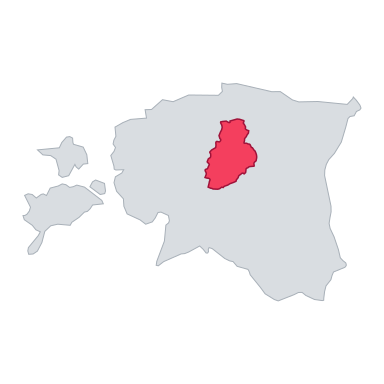 location of Järva within Estonia
{"feature_id": "EST-1656", "entity_name": "Järva", "entity_type": "County", "adm_level": 1, "iso_a3": "EST", "parent_name": "Estonia", "parent_adm1": "", "projection": "orthographic", "projection_center": [25.661, 58.953], "detail": "fine", "context": "in_parent", "style": "filled", "palette": "rose", "viewbox_px": 384, "rotation_deg": 0, "n_neighbors": 0, "source": "natural_earth", "source_scale": "10m", "svg_char_len": 4316}
<svg xmlns="http://www.w3.org/2000/svg" viewBox="0 0 384 384"><path d="M323.7,300.3L322.3,300.6L314.5,299.5L305.9,295.5L302.1,292.4L298.4,292.5L294.0,294.7L278.2,300.9L274.3,299.5L265.1,293.8L260.4,287.4L250.2,274.8L249.3,271.8L248.0,269.4L237.1,266.3L233.1,261.6L229.7,260.9L224.9,258.6L212.2,248.6L209.1,247.6L208.3,249.3L208.5,251.6L207.7,253.0L206.1,253.0L203.2,249.3L199.7,246.0L188.7,252.0L184.7,253.6L181.2,253.9L163.7,261.6L158.3,265.8L156.2,265.3L156.8,261.3L164.4,241.1L165.9,225.1L168.6,222.9L169.4,220.7L168.4,215.5L161.0,212.1L158.0,212.5L155.2,218.0L152.3,221.9L145.7,224.2L140.1,219.9L127.1,213.9L123.9,206.3L123.4,198.8L116.6,191.3L114.0,182.7L115.4,176.8L121.8,173.0L123.7,169.7L115.8,170.0L114.2,169.1L113.9,166.0L110.8,155.5L114.0,151.4L115.5,147.5L113.1,144.0L113.9,140.1L115.9,136.3L115.0,127.1L122.9,122.6L130.5,119.4L146.5,118.1L145.1,109.7L151.5,109.5L162.5,99.7L173.1,101.7L188.7,95.0L218.4,95.3L222.4,91.4L221.7,87.4L221.9,83.1L227.4,84.3L236.7,83.6L271.7,91.7L280.3,91.6L292.4,99.9L298.8,101.9L317.8,101.5L347.2,104.4L352.8,98.5L353.3,97.0L356.2,100.1L359.9,105.1L361.0,108.1L359.8,109.9L356.4,111.5L355.6,113.1L354.1,115.8L350.0,116.5L348.0,118.5L345.7,127.4L341.3,142.1L334.4,153.4L328.8,159.6L326.3,164.4L324.8,170.0L324.6,175.6L331.0,206.2L331.1,211.8L330.0,217.6L329.1,223.4L330.1,228.4L334.1,236.9L338.4,249.6L340.3,257.8L343.0,260.7L345.7,262.8L346.2,264.2L346.2,265.7L344.9,267.3L333.5,272.0L332.0,275.6L330.9,279.7L326.0,285.9L324.6,291.5L323.8,298.0L323.7,300.3ZM65.9,184.7L69.6,187.4L73.2,186.7L76.8,185.1L84.5,187.1L101.8,200.4L103.3,203.8L92.6,205.0L90.1,208.8L87.4,211.4L84.4,212.1L79.0,217.4L71.8,222.3L70.2,225.3L57.7,224.2L50.7,225.8L44.8,231.4L41.9,242.5L37.4,251.1L33.1,254.0L28.7,254.3L27.8,250.9L28.4,247.6L38.2,235.7L40.3,231.8L35.9,229.8L32.3,225.3L24.3,219.7L23.0,215.6L25.0,215.4L26.9,214.3L29.3,211.1L30.5,207.2L24.6,195.4L28.1,193.8L32.2,194.5L36.3,198.0L41.2,194.4L43.3,193.9L46.5,195.5L50.2,188.1L58.2,186.0L62.2,183.9L65.9,184.7ZM83.3,164.1L78.7,169.1L76.1,166.9L74.9,164.4L68.7,175.7L62.2,177.4L58.6,174.9L59.1,170.6L56.0,159.2L50.7,155.6L42.9,154.9L37.5,149.9L59.3,147.8L61.8,142.5L66.5,137.1L69.8,136.6L72.6,138.1L72.9,142.5L73.5,144.3L83.2,147.1L86.8,154.7L87.8,163.6L83.3,164.1ZM104.7,193.6L100.2,194.5L89.9,186.8L92.5,181.9L95.6,180.0L104.5,183.4L105.5,191.0L104.7,193.6Z" fill="#d9dde1" stroke="#a8b0b8" stroke-width="1"/><path d="M236.0,181.3L233.6,182.4L229.7,183.8L228.6,184.6L227.7,185.1L224.2,186.3L223.2,187.5L221.6,187.2L219.6,188.7L217.8,189.2L213.0,189.0L211.9,188.4L210.6,188.2L208.1,187.1L209.1,183.2L209.3,181.9L209.5,181.2L209.8,180.6L210.0,180.0L210.0,179.4L209.5,178.8L208.6,178.3L206.9,178.1L205.0,177.5L206.1,174.7L206.3,173.9L206.1,172.6L205.2,170.9L205.1,170.2L205.3,169.6L206.0,169.2L207.3,168.8L207.6,168.4L207.9,167.8L208.4,166.4L208.9,165.5L209.3,164.3L208.3,163.0L207.5,162.5L207.3,162.0L207.2,161.6L208.3,158.9L209.2,158.2L209.6,158.0L210.2,157.6L210.6,156.9L210.7,155.8L210.7,154.8L210.6,153.7L210.2,153.2L209.9,152.8L209.8,152.3L209.8,152.0L211.6,150.0L215.7,147.6L216.0,145.1L215.8,142.9L216.0,142.0L216.5,141.5L217.7,141.5L218.6,141.8L219.4,141.9L220.0,141.4L220.4,140.9L220.7,140.4L220.7,139.3L220.0,138.7L219.8,138.3L219.0,135.6L220.5,131.9L221.5,130.1L221.9,128.7L222.2,127.3L221.8,125.2L221.2,124.0L220.7,123.0L220.6,122.4L220.7,121.9L222.5,121.5L226.2,121.1L228.3,122.3L229.1,122.6L229.6,122.5L230.0,122.3L230.0,121.0L237.1,119.0L239.7,119.3L243.8,120.6L244.0,121.0L243.8,121.8L243.4,122.6L243.4,123.3L243.5,123.6L243.8,123.9L244.1,124.1L245.0,125.8L245.6,127.0L245.3,128.2L245.5,129.0L246.8,130.0L248.7,130.7L248.4,133.1L246.9,135.2L246.3,136.6L244.6,138.6L244.5,140.6L244.0,142.5L244.1,143.1L244.6,143.3L246.0,143.2L246.8,143.3L248.1,144.0L249.3,144.1L250.0,144.5L251.4,147.4L252.4,147.7L254.0,150.1L255.1,151.1L255.7,152.5L256.4,154.5L256.6,155.7L256.7,156.6L256.7,157.4L256.6,158.2L256.3,159.7L256.1,160.8L254.7,162.0L254.4,162.3L254.1,162.8L253.9,163.5L253.9,164.0L254.2,165.3L254.0,166.2L250.7,166.5L249.6,166.6L249.1,166.8L248.4,167.2L248.0,167.7L246.7,168.2L246.1,168.8L245.9,169.9L245.9,170.9L245.7,171.9L245.6,172.6L244.1,173.9L243.0,173.1L241.9,173.3L240.3,174.7L239.8,174.9L239.2,175.4L238.7,175.9L238.3,177.2L237.9,178.0L236.4,179.8L236.0,181.3Z" fill="#f43f5e" stroke="#9f1239" stroke-width="1.5"/></svg>